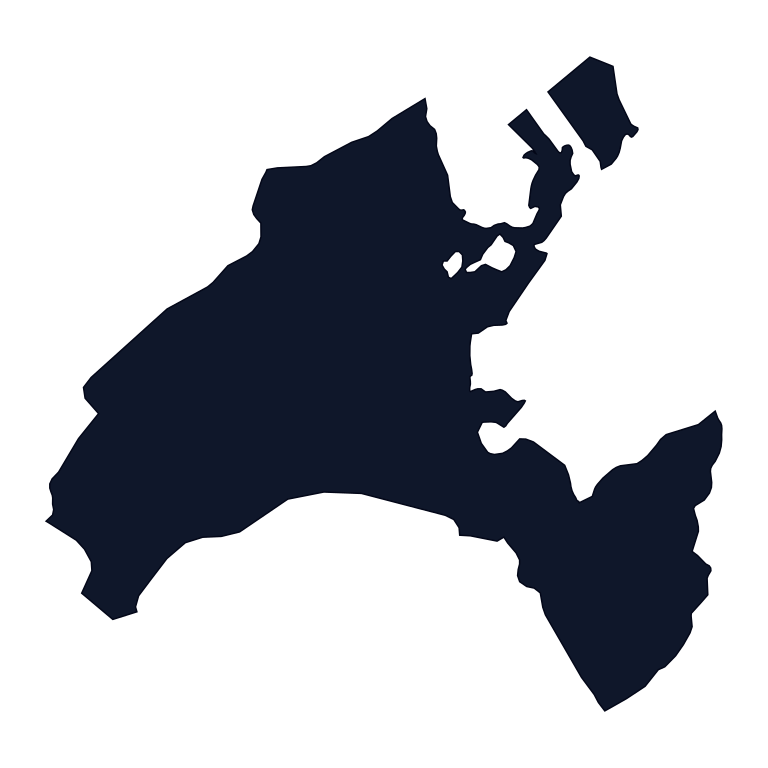 an SVG outline of Vaud
{"feature_id": "CHE-3422", "entity_name": "Vaud", "entity_type": "Canton", "adm_level": 1, "iso_a3": "CHE", "parent_name": "Switzerland", "parent_adm1": "", "projection": "orthographic", "projection_center": [6.845, 46.59], "detail": "fine", "context": "isolated", "style": "filled", "palette": "ink", "viewbox_px": 768, "rotation_deg": 0, "n_neighbors": 0, "source": "natural_earth", "source_scale": "10m", "svg_char_len": 5107}
<svg xmlns="http://www.w3.org/2000/svg" viewBox="0 0 768 768"><path d="M81.7,593.2L91.9,570.7L91.3,561.7L84.5,549.2L76.3,540.2L48.8,522.8L46.1,521.2L52.6,515.0L53.7,509.6L52.6,504.1L52.7,497.9L52.3,495.3L51.0,491.9L49.8,488.1L49.8,483.9L52.1,478.9L58.6,472.1L78.5,438.6L98.6,413.6L94.3,408.7L85.1,398.2L83.5,387.4L91.1,377.5L167.2,308.9L207.5,287.0L213.1,282.4L227.9,265.7L246.6,256.0L252.5,251.6L258.9,243.7L261.0,236.9L260.9,223.1L256.7,218.5L253.8,214.5L252.3,209.8L253.1,205.9L262.0,179.3L265.9,172.3L267.0,169.6L277.3,167.9L306.2,166.5L311.0,165.7L316.7,162.8L324.4,156.7L351.7,142.3L368.6,136.6L377.2,131.0L392.1,118.5L425.0,98.6L426.8,108.7L425.5,116.6L427.0,121.5L430.0,125.7L434.6,129.4L436.2,133.6L436.7,138.2L436.3,146.0L437.3,151.3L438.3,154.6L447.6,175.2L450.3,196.6L452.3,202.5L458.6,208.9L459.9,209.9L461.2,210.2L463.7,209.8L464.5,210.4L465.4,212.0L465.1,213.6L464.1,215.5L462.6,217.4L462.1,219.2L462.9,220.1L469.9,223.5L471.7,224.0L473.8,224.1L476.2,224.7L482.1,227.5L484.6,228.3L486.4,228.4L491.0,227.7L494.2,225.4L498.1,224.0L500.6,223.8L504.5,222.7L506.9,223.9L509.8,226.0L512.3,227.3L514.7,227.8L522.6,228.0L525.5,227.5L529.8,226.2L531.1,225.2L532.9,223.5L537.0,213.8L539.2,209.9L539.3,208.2L538.4,207.0L534.9,206.4L530.7,208.4L529.7,207.5L528.8,205.3L530.9,188.5L531.4,185.8L532.1,183.1L533.1,180.4L535.6,175.1L539.0,169.6L539.2,166.9L537.4,164.5L531.6,159.8L528.3,158.2L525.7,157.7L523.7,158.0L523.0,157.5L524.1,155.1L525.7,153.7L527.6,152.4L531.3,150.8L532.4,150.9L533.6,151.8L535.0,153.3L535.9,153.6L534.1,150.6L532.2,148.0L508.5,124.6L526.5,109.7L543.8,134.0L545.6,135.6L548.9,138.9L558.1,151.5L559.6,152.8L560.8,152.9L561.5,152.3L562.1,150.7L562.3,149.4L562.4,147.6L563.3,146.7L564.9,145.8L566.9,145.2L568.6,145.1L569.7,145.6L571.0,147.3L572.1,150.0L572.7,153.4L571.1,156.9L570.1,160.4L570.1,164.2L571.6,171.6L573.6,174.6L575.2,175.9L577.9,175.0L578.6,175.0L579.2,175.9L578.8,178.5L576.9,182.0L571.4,188.8L568.0,191.1L565.5,193.3L563.5,196.5L560.3,204.8L561.3,216.2L546.2,238.1L544.0,240.6L541.8,242.3L534.5,244.4L533.8,245.9L535.3,248.9L537.4,250.3L539.3,251.3L546.4,253.1L547.0,253.6L544.9,260.4L528.6,282.9L509.2,311.5L506.1,319.7L505.9,320.9L506.6,322.2L507.0,323.2L505.7,324.3L502.4,325.0L493.7,325.3L487.4,326.8L478.3,333.1L471.6,333.8L470.3,342.3L469.9,346.0L469.8,355.6L470.7,364.6L471.6,369.3L472.1,373.5L471.8,375.2L470.4,376.1L469.9,376.9L470.0,378.8L470.3,381.1L470.4,384.1L469.7,387.7L469.7,390.5L470.4,391.6L475.2,389.5L477.8,388.8L481.1,388.8L485.5,392.0L493.8,391.3L500.1,389.6L502.3,390.2L505.3,391.9L511.6,398.3L515.4,401.0L517.9,401.8L522.2,400.5L524.3,400.3L525.3,400.9L524.2,403.1L521.3,407.4L507.3,423.4L505.7,425.9L503.9,427.2L496.9,422.8L495.6,422.3L491.0,421.8L483.6,422.1L482.2,422.4L477.4,432.2L481.3,443.4L487.7,452.3L490.1,453.6L494.4,454.5L502.7,453.3L507.4,450.9L511.5,447.9L519.7,438.9L525.8,439.1L533.5,442.0L564.7,465.3L568.5,474.8L570.5,483.2L570.9,486.5L572.0,490.7L573.7,494.5L575.6,497.5L576.9,500.5L578.7,501.5L579.2,502.8L592.3,496.4L594.6,489.2L595.6,487.0L597.4,484.4L602.9,478.1L612.6,469.7L616.3,467.4L620.4,465.8L637.0,463.7L641.8,460.6L647.7,455.6L656.5,445.2L660.6,439.4L666.2,434.6L698.4,424.6L715.2,411.1L717.7,418.1L719.0,420.4L720.7,422.9L721.6,425.4L721.9,428.9L721.6,434.6L721.7,439.9L721.1,446.6L719.3,453.1L715.2,461.3L712.2,465.2L710.7,468.4L710.4,471.4L711.7,482.5L711.4,487.5L709.4,493.1L704.3,500.0L695.2,505.6L693.5,508.4L695.3,515.4L697.1,520.4L698.3,526.9L698.4,531.3L692.1,551.4L697.7,555.7L705.8,564.0L709.2,565.8L710.7,568.0L710.9,570.8L708.2,575.4L707.1,578.3L707.8,594.8L701.0,602.6L691.3,613.3L691.1,615.9L692.1,626.7L690.0,632.9L683.4,644.6L675.6,655.8L664.8,666.8L658.3,669.7L645.1,686.3L626.5,698.6L604.8,710.9L598.4,702.5L594.2,694.5L581.5,677.4L545.4,614.8L542.8,607.3L540.3,592.9L534.2,588.1L526.7,586.5L519.7,581.7L517.6,575.6L518.2,569.5L519.6,564.1L519.6,559.9L516.1,552.9L507.7,543.0L503.9,537.1L497.1,541.1L470.3,535.8L459.7,535.2L459.1,527.7L453.8,519.5L445.3,515.3L361.4,493.4L323.9,492.0L287.8,499.1L239.6,531.9L221.3,536.4L202.7,537.2L185.3,542.7L166.9,558.5L150.7,579.7L138.6,595.8L135.5,606.9L136.9,611.8L112.8,619.4L87.2,597.8L81.7,593.2ZM501.7,271.8L505.9,269.8L510.1,265.7L514.2,257.6L516.1,251.5L513.3,245.5L508.7,242.8L505.0,241.4L503.1,237.4L499.9,234.0L497.1,236.0L494.8,239.4L491.1,244.8L487.8,247.5L482.7,254.3L480.4,259.7L474.4,262.4L470.2,264.4L467.0,267.1L465.1,269.1L466.5,272.5L470.2,272.5L474.9,271.8L481.4,265.7L485.5,264.4L492.0,267.8L496.6,269.8L501.7,271.8ZM451.2,278.6L454.9,275.2L457.7,272.5L461.9,267.1L462.8,261.0L462.4,254.9L459.1,251.5L455.4,251.5L450.8,256.3L447.1,261.0L443.4,261.0L442.0,265.0L444.3,269.1L447.1,271.8L448.4,277.2L451.2,278.6ZM589.9,57.1L613.0,66.4L617.0,93.9L619.1,99.8L630.8,124.0L632.3,125.2L634.2,126.4L637.7,127.9L638.0,129.6L636.9,131.8L632.8,136.5L631.5,137.1L630.4,136.5L628.8,134.6L627.3,134.0L625.5,134.4L623.4,137.1L621.6,140.8L620.2,148.3L619.1,152.4L617.6,155.9L616.1,158.3L611.3,164.1L601.6,169.3L601.0,167.3L600.2,161.4L592.2,149.8L585.9,146.3L583.1,140.8L548.0,91.9L589.9,57.1Z" fill="#0f172a" stroke="#020617" stroke-width="1.5"/></svg>